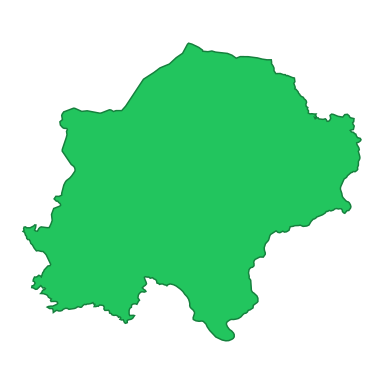 Tesouro, Mato Grosso, Brazil
{"feature_id": "56859067B1460135185078", "entity_name": "Tesouro", "entity_type": "district", "adm_level": 2, "iso_a3": "BRA", "parent_name": "Brazil", "parent_adm1": "Mato Grosso", "projection": "orthographic", "projection_center": [-53.481, -15.916], "detail": "fine", "context": "isolated", "style": "filled", "palette": "green", "viewbox_px": 384, "rotation_deg": 0, "n_neighbors": 0, "source": "geoboundaries", "source_scale": "gbopen_adm2", "svg_char_len": 5925}
<svg xmlns="http://www.w3.org/2000/svg" viewBox="0 0 384 384"><path d="M316.6,117.9L316.3,116.2L315.3,115.4L316.1,114.0L314.0,114.0L311.7,113.7L310.0,113.9L308.3,113.1L308.5,110.8L307.3,109.1L307.8,107.5L306.2,106.5L305.9,104.2L306.6,102.2L306.2,100.9L305.4,99.8L304.2,98.9L303.3,97.3L301.5,96.5L300.3,95.5L299.7,94.3L298.7,93.4L298.1,91.8L295.9,89.2L294.8,88.8L295.2,87.2L293.8,83.3L294.9,81.7L294.4,78.0L292.5,77.6L287.4,75.5L286.3,75.7L285.2,74.6L283.6,74.7L280.3,73.5L275.8,73.6L274.0,70.7L274.0,68.1L273.2,66.2L271.5,63.6L271.6,62.2L271.3,59.8L267.0,59.8L262.2,59.1L257.5,57.9L248.2,56.7L240.3,56.6L236.2,58.2L232.0,55.2L227.4,53.4L215.6,52.1L211.9,51.0L207.9,51.7L202.7,51.2L202.5,50.1L198.8,47.4L191.9,44.1L188.6,43.2L187.5,44.2L182.6,53.3L176.2,57.7L169.4,64.0L160.0,67.9L153.9,72.5L143.5,79.2L125.7,106.1L121.7,110.6L116.1,110.6L113.4,111.5L111.0,110.0L109.4,109.8L101.2,113.0L99.9,113.2L87.2,110.8L81.7,111.4L74.8,108.3L73.5,108.2L63.7,111.9L62.2,114.1L61.7,115.5L62.4,119.6L59.9,121.8L60.4,125.1L62.6,127.6L64.0,128.3L66.8,128.5L67.4,129.8L66.5,131.3L67.0,134.7L66.2,137.8L62.3,149.4L62.2,151.1L71.2,164.4L73.9,166.5L74.8,168.2L75.1,169.9L74.9,171.2L71.7,175.9L69.7,178.1L66.4,180.6L65.3,182.1L63.8,185.1L61.7,193.3L61.7,195.1L59.1,196.4L55.9,196.3L54.1,198.9L56.3,201.1L57.8,201.2L58.6,202.4L60.1,203.5L60.7,205.1L59.8,206.1L53.7,208.5L51.5,214.5L52.2,220.4L51.2,223.3L49.3,227.5L47.5,227.7L41.2,226.9L40.0,227.4L38.8,228.6L37.4,231.2L35.7,231.0L34.6,230.2L35.6,227.6L35.9,225.0L34.7,224.9L33.8,225.9L30.1,227.8L26.6,227.8L25.6,226.9L24.1,227.1L23.6,228.6L24.1,230.3L23.0,231.4L24.6,232.3L25.5,235.2L26.5,236.4L26.7,238.3L27.8,239.6L29.2,239.6L30.1,241.2L30.8,243.4L32.4,244.9L34.3,248.3L36.4,250.9L38.2,250.6L41.2,251.4L43.1,251.5L45.2,253.6L46.3,255.0L50.7,264.3L50.1,265.6L47.9,266.0L44.2,270.0L43.6,271.6L42.8,272.5L41.3,277.0L39.9,275.6L38.7,275.3L37.3,276.6L35.9,277.1L34.5,277.0L33.4,279.3L33.1,281.1L34.3,281.6L35.1,283.2L33.6,285.5L32.0,285.9L31.7,287.6L33.3,287.9L35.5,289.3L37.0,289.2L40.8,285.6L43.0,288.1L44.4,287.7L45.4,288.6L44.6,289.6L43.4,289.8L42.3,290.9L41.8,292.3L40.7,293.5L43.6,293.7L46.7,294.8L47.8,295.9L48.4,297.2L51.4,299.0L50.5,300.3L51.1,301.5L55.2,301.4L56.9,301.7L57.8,303.2L56.9,304.3L52.6,306.2L51.0,306.1L48.3,306.5L47.2,307.1L49.7,308.6L52.5,308.6L53.1,310.0L53.3,312.5L56.2,310.4L57.5,310.5L58.7,311.0L60.2,311.0L62.0,310.5L63.2,309.3L65.5,308.3L67.4,308.4L68.9,309.3L74.4,308.5L75.8,308.0L77.9,306.6L80.5,307.3L81.6,307.1L82.8,305.6L84.3,304.4L86.0,304.6L87.2,304.0L88.6,304.0L91.1,303.5L92.9,302.6L93.5,303.9L94.9,304.3L94.1,306.6L96.0,306.6L97.1,306.1L98.3,306.3L99.4,305.1L101.2,305.1L103.4,305.6L104.2,307.1L103.9,309.0L104.9,310.4L108.5,310.3L109.4,311.2L109.6,313.1L111.3,313.6L112.0,314.8L113.9,315.4L115.9,315.2L117.7,315.9L118.5,317.3L119.8,316.8L120.8,318.0L119.9,319.3L121.7,320.0L123.3,319.8L124.5,322.7L125.6,323.3L127.3,322.6L127.2,320.6L128.4,319.8L131.0,319.3L132.6,318.4L134.5,315.6L133.3,315.3L129.7,315.5L129.1,313.9L129.1,310.6L129.6,308.9L130.3,307.9L131.4,307.3L131.5,305.1L133.4,303.9L135.5,303.8L136.9,304.3L138.4,301.4L139.5,300.2L137.9,297.8L138.4,294.9L139.4,293.4L140.6,292.3L141.8,291.7L144.3,292.1L145.9,291.5L145.4,290.4L144.0,289.6L142.3,287.9L143.8,286.3L145.3,285.3L146.5,283.8L146.1,282.2L144.7,278.9L144.4,277.3L145.4,276.7L147.2,277.1L148.7,277.0L150.2,278.2L152.6,277.7L153.7,278.8L155.2,279.4L156.4,280.4L157.0,283.1L158.6,283.5L159.5,284.4L160.8,284.0L162.8,284.0L164.3,284.8L165.7,285.0L166.9,285.8L167.7,284.8L170.1,283.9L173.5,284.7L176.2,286.0L180.5,289.2L182.9,291.5L184.8,294.3L187.0,296.6L188.6,299.2L189.4,301.7L189.8,303.8L189.7,305.5L190.1,307.0L191.2,308.4L193.0,309.9L194.4,311.9L194.5,313.4L193.1,317.8L193.3,319.5L195.9,320.8L199.1,321.3L201.8,321.0L203.3,321.4L206.0,324.1L207.2,326.8L209.7,330.5L215.8,337.0L222.1,340.0L225.8,340.8L228.8,340.6L231.9,339.3L233.2,338.4L234.2,336.9L234.2,334.7L233.6,333.2L231.7,331.0L229.5,329.5L227.6,327.0L226.5,324.7L226.5,323.0L227.2,321.8L229.7,320.0L231.2,319.4L233.7,319.5L236.4,319.0L238.3,318.5L240.9,316.9L243.0,314.5L244.4,313.4L245.9,313.2L247.4,312.0L248.3,310.3L250.0,309.9L253.0,307.9L253.3,305.3L257.1,302.5L257.9,301.5L257.9,298.2L256.9,295.9L253.9,293.1L252.5,292.2L251.4,290.4L250.7,280.2L249.1,278.0L249.2,276.3L248.5,272.9L249.1,269.5L250.6,267.7L252.6,267.2L254.0,265.8L254.0,263.7L253.7,262.2L254.1,260.9L255.0,259.5L259.8,257.0L263.3,257.1L265.2,254.4L265.3,253.0L264.4,250.2L264.2,247.7L265.5,243.7L268.0,240.9L268.7,239.8L269.9,235.5L270.8,234.3L276.1,230.9L278.0,232.4L279.9,232.7L282.8,231.2L284.4,232.1L286.5,231.8L289.0,230.3L290.2,226.7L293.2,226.3L294.7,225.7L298.9,225.5L300.1,225.1L303.1,226.4L306.8,226.0L309.0,225.0L311.1,221.4L313.3,219.1L314.5,218.9L316.0,217.9L316.8,217.0L322.5,214.8L325.2,213.0L326.3,211.5L327.7,211.4L329.2,210.4L330.9,210.9L333.4,210.1L334.8,208.9L336.8,208.5L338.3,209.0L339.9,208.7L341.4,208.9L342.2,210.0L342.5,211.6L343.6,212.8L344.8,213.3L347.0,210.7L348.8,210.5L350.5,208.2L350.9,206.8L350.5,205.0L349.3,202.8L348.1,201.8L346.9,201.5L345.8,200.7L343.1,197.7L342.3,196.3L341.8,193.4L340.5,189.6L340.4,188.2L340.7,186.7L344.1,179.0L346.5,177.4L347.5,175.7L350.8,172.8L352.1,172.4L353.2,171.5L355.1,171.7L356.7,170.6L357.7,169.4L357.5,167.4L358.4,165.3L358.4,161.5L359.7,159.0L359.9,157.8L359.7,156.2L358.3,151.3L359.3,149.7L358.9,147.9L356.8,144.2L356.7,142.8L358.5,142.3L360.5,140.8L361.0,139.7L360.3,138.4L357.5,137.6L356.5,136.1L355.8,134.1L354.5,133.6L353.6,132.4L351.5,132.0L350.2,130.4L351.3,129.9L353.4,129.5L354.2,126.0L353.0,124.2L352.7,122.5L353.7,121.8L354.0,118.6L350.7,117.8L349.7,117.1L349.2,115.9L347.4,114.3L344.8,114.6L342.7,117.1L338.0,116.3L333.4,114.4L331.6,114.1L330.0,115.4L330.7,118.4L329.8,120.2L328.6,121.3L327.1,121.3L326.2,119.6L325.3,118.8L323.1,119.4L318.9,118.9L318.1,117.8L316.6,117.9ZM316.6,117.9L315.2,118.8L314.5,117.3L316.6,117.9Z" fill="#22c55e" stroke="#15803d" stroke-width="1.5"/></svg>